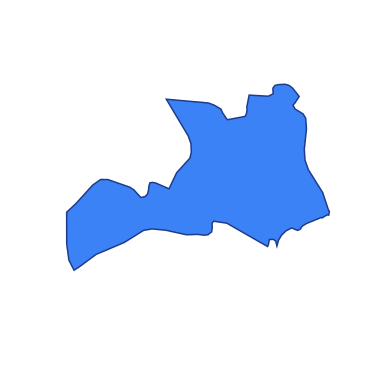 SVG path tracing the border of Grevenmacher, rotated 58°
{"feature_id": "LUX-907", "entity_name": "Grevenmacher", "entity_type": "District", "adm_level": 1, "iso_a3": "LUX", "parent_name": "Luxembourg", "parent_adm1": "", "projection": "natural_earth1", "projection_center": [6.348, 49.652], "detail": "fine", "context": "isolated", "style": "filled", "palette": "blue", "viewbox_px": 384, "rotation_deg": 58, "n_neighbors": 0, "source": "natural_earth", "source_scale": "10m", "svg_char_len": 1278}
<svg xmlns="http://www.w3.org/2000/svg" viewBox="0 0 384 384"><g transform="rotate(58 192 192)"><path d="M167.8,50.5L171.2,57.9L171.8,60.3L176.3,60.6L184.7,56.4L189.7,56.5L199.2,61.5L215.4,74.2L224.9,79.3L234.8,81.5L261.8,81.5L279.1,85.7L281.3,85.8L284.3,88.6L284.2,88.4L283.0,89.4L282.9,95.5L282.1,95.9L279.4,111.6L279.4,116.7L280.9,119.9L280.6,122.7L275.2,126.7L274.8,133.1L276.1,139.0L278.7,144.1L282.8,148.6L277.9,147.0L275.3,148.1L273.3,151.6L277.2,155.2L278.3,156.8L236.9,179.0L228.2,189.2L229.2,191.6L232.8,193.6L236.2,196.4L236.7,201.2L235.2,204.4L231.0,209.6L225.3,219.4L210.6,234.4L202.1,245.5L198.9,253.4L198.9,276.2L197.8,283.2L194.1,306.4L195.8,328.2L195.8,333.5L184.5,332.5L169.5,325.7L142.7,309.0L140.4,297.0L133.5,272.5L133.0,262.8L136.9,256.7L155.1,242.1L159.3,240.2L169.6,238.3L171.0,234.0L170.0,230.5L167.1,227.7L164.1,225.4L161.9,222.8L163.0,220.3L165.3,217.9L177.1,209.8L167.5,194.8L162.2,175.9L158.0,171.6L150.5,167.3L142.7,165.5L99.7,164.6L125.3,130.8L129.9,127.3L137.1,123.5L141.0,124.1L149.4,123.8L156.0,107.0L154.8,104.8L151.7,101.9L149.0,100.5L140.1,92.2L151.1,76.7L151.5,74.1L151.6,71.0L148.7,69.5L146.8,68.3L145.6,65.2L146.7,61.8L150.0,55.9L153.2,53.1L157.4,51.6L167.6,50.5L167.8,50.5Z" fill="#3b82f6" stroke="#1e3a8a" stroke-width="1.5"/></g></svg>